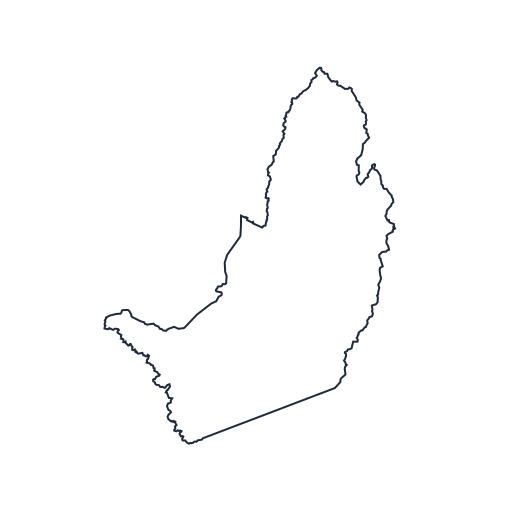 Unincorporated ACT, Australian Capital Territory, Australia, rotated 195°
{"feature_id": "25037944B15172244637897", "entity_name": "Unincorporated ACT", "entity_type": "district", "adm_level": 2, "iso_a3": "AUS", "parent_name": "Australia", "parent_adm1": "Australian Capital Territory", "projection": "albers", "projection_center": [149.092, -35.522], "detail": "fine", "context": "isolated", "style": "outline", "palette": "slate", "viewbox_px": 512, "rotation_deg": 195, "n_neighbors": 0, "source": "geoboundaries", "source_scale": "gbopen_adm2", "svg_char_len": 6115}
<svg xmlns="http://www.w3.org/2000/svg" viewBox="0 0 512 512"><g transform="rotate(195 256 256)"><path d="M306.7,100.9L303.4,96.4L300.1,96.8L300.9,94.4L300.4,92.3L302.9,90.6L303.1,87.9L300.8,84.8L298.6,84.1L297.7,83.0L299.3,80.2L299.9,78.0L298.5,75.8L296.0,74.6L295.1,74.8L294.8,74.3L293.8,74.4L293.4,75.0L292.9,74.4L291.9,75.3L291.1,75.1L291.2,74.3L289.0,72.1L290.2,70.3L289.3,68.6L290.0,67.0L289.8,66.2L287.7,66.0L286.4,67.4L285.1,67.1L284.1,67.8L282.6,67.5L282.8,66.7L283.7,66.1L283.8,64.4L281.9,62.4L280.2,63.1L279.4,62.6L280.0,60.4L279.5,59.2L278.7,58.9L276.7,59.5L274.4,57.9L272.1,57.4L271.0,58.5L269.9,58.4L268.7,59.1L267.5,60.8L265.3,61.3L264.6,62.8L260.8,64.6L260.0,66.3L145.6,148.9L141.9,156.1L142.4,158.0L142.2,159.7L138.9,164.7L141.2,170.3L141.2,172.3L140.2,174.3L141.3,174.6L142.1,176.4L143.9,177.7L143.3,179.8L143.2,183.2L143.7,184.6L145.1,185.4L145.1,186.3L143.5,187.6L143.0,189.5L141.3,190.2L139.8,191.6L140.0,198.4L135.8,199.5L136.0,201.5L137.6,202.9L137.1,204.1L137.1,206.1L136.6,206.7L137.1,208.3L135.2,211.2L133.9,211.7L132.6,215.1L131.4,216.0L131.3,218.1L130.7,219.8L131.9,222.5L130.6,225.5L130.7,226.2L128.3,227.8L128.2,228.6L128.2,230.6L129.7,232.8L129.6,234.3L131.3,238.1L127.6,240.5L126.6,242.8L127.6,247.6L128.9,249.1L128.0,250.4L128.5,251.7L128.8,257.5L130.5,259.9L129.6,263.5L129.4,266.8L130.9,269.4L132.9,274.2L133.1,276.7L130.9,278.8L134.6,284.5L134.8,285.5L136.2,286.1L137.3,289.0L135.1,292.6L131.5,293.9L130.6,295.6L129.1,296.5L130.8,299.6L133.4,302.3L134.1,305.0L133.7,306.7L135.2,309.1L134.0,311.3L130.1,314.9L130.6,315.4L130.3,317.8L129.4,317.8L128.8,318.5L129.9,319.8L130.9,319.8L130.7,321.7L131.2,322.6L135.2,322.9L136.3,323.5L136.9,325.1L138.1,324.4L141.4,328.1L140.8,330.6L141.3,332.8L141.0,335.0L138.5,339.6L138.5,341.4L137.3,343.6L138.4,346.4L140.5,348.7L140.5,349.4L144.2,351.7L147.2,354.6L149.7,354.0L151.2,355.2L151.6,356.8L153.4,357.7L153.8,358.5L154.3,360.7L155.4,362.2L156.6,365.6L161.2,369.9L164.0,370.2L164.8,371.4L164.4,374.2L164.7,375.1L165.4,375.3L166.3,374.9L167.4,373.4L166.7,371.0L167.0,369.7L168.0,368.6L168.4,365.8L169.4,364.0L168.0,361.6L168.7,360.4L169.9,360.1L171.1,357.4L171.4,355.3L173.5,352.1L177.2,354.2L179.5,358.8L179.5,359.8L177.9,361.4L177.7,363.1L178.9,364.9L180.2,370.2L182.1,370.2L183.9,373.5L183.3,375.4L183.5,376.2L180.5,380.5L180.6,386.9L181.7,391.8L179.9,394.2L179.8,395.3L177.3,399.5L179.1,401.4L179.6,402.8L181.3,403.4L181.7,406.8L182.6,407.4L184.1,407.5L185.5,409.3L185.3,410.5L184.2,411.1L183.9,412.1L184.8,414.3L184.3,415.7L185.9,418.4L185.9,419.8L186.5,421.0L187.9,422.2L190.8,423.0L190.7,424.8L195.0,428.5L195.7,429.7L195.7,430.9L199.1,432.3L200.7,435.1L206.3,440.2L206.6,442.1L207.6,442.7L209.5,442.9L210.1,441.4L213.3,440.4L218.3,442.2L220.4,441.9L222.2,442.6L222.1,444.8L222.9,445.7L224.5,444.9L226.7,445.0L228.1,444.1L232.4,447.3L234.2,450.5L236.9,449.8L237.8,451.2L239.3,451.2L241.0,452.4L241.3,453.9L241.9,454.6L243.2,454.3L245.3,451.3L246.3,448.0L244.0,446.0L244.1,445.4L245.0,443.7L246.9,442.3L246.8,441.7L248.1,440.1L247.4,438.5L248.3,436.6L248.0,434.4L249.1,431.8L250.5,429.7L253.2,427.2L254.2,424.6L255.4,423.8L256.3,420.9L257.3,420.5L257.2,419.5L258.1,418.5L261.5,417.8L261.9,416.5L261.4,415.1L261.7,413.9L260.7,413.5L260.3,412.1L261.0,411.3L261.3,409.8L260.9,407.2L261.3,405.0L262.0,404.3L261.9,403.2L263.1,402.9L263.7,402.1L263.4,400.4L263.7,399.4L262.8,398.4L263.4,398.0L264.2,396.3L263.5,396.1L263.5,395.3L262.4,394.3L262.2,393.5L263.6,391.5L263.6,389.3L262.0,388.1L260.9,388.1L260.7,387.3L260.8,386.0L262.5,383.2L260.2,381.4L260.8,379.9L259.8,377.3L260.8,375.8L260.7,374.0L262.1,370.9L261.6,369.7L262.3,368.2L261.8,367.5L262.0,366.3L263.8,362.7L263.2,359.2L265.2,357.0L263.3,351.9L264.0,351.0L264.5,348.2L266.6,345.7L267.4,342.8L266.0,340.1L265.1,339.9L265.5,338.2L265.3,337.0L263.3,336.5L261.7,334.2L261.5,333.0L262.5,331.4L261.8,328.6L262.2,326.2L261.9,325.3L263.0,323.2L261.7,321.1L262.3,320.5L262.5,318.3L262.0,317.4L261.8,314.8L260.5,314.5L259.1,315.1L258.5,314.4L258.5,313.0L258.1,312.6L258.9,311.7L258.4,309.8L258.6,308.6L257.1,305.5L257.6,304.4L257.3,302.0L256.5,301.5L255.1,298.5L255.5,297.2L254.7,294.1L255.2,293.4L254.7,292.3L255.1,291.2L254.7,287.9L256.6,287.0L257.3,285.1L267.3,286.7L267.3,287.8L267.8,288.3L268.6,287.3L273.9,288.4L274.1,290.6L275.8,290.9L275.9,290.2L280.9,291.1L278.1,280.3L277.7,280.3L278.1,280.2L276.3,271.5L276.8,269.3L284.1,249.7L284.5,241.4L281.7,232.8L279.2,229.0L277.8,221.9L278.7,220.7L280.8,220.4L281.2,218.4L282.4,217.4L284.9,216.6L285.1,214.6L286.0,212.9L285.6,212.0L284.8,211.6L280.1,211.9L279.4,211.1L279.2,209.1L281.5,207.0L282.7,202.0L286.9,198.5L297.9,184.1L306.1,168.9L307.2,167.6L312.1,165.6L316.7,166.4L321.8,162.9L323.6,160.4L326.5,160.1L328.1,161.0L329.7,160.7L332.1,162.6L335.4,163.0L337.5,164.1L343.1,161.7L342.4,161.1L343.2,161.6L345.7,161.7L346.9,163.0L350.7,163.1L359.8,165.0L360.7,165.5L361.5,167.4L364.3,170.2L365.9,170.7L371.0,169.1L371.4,168.4L371.4,166.2L372.0,165.2L375.6,164.0L381.7,160.7L384.9,157.8L384.5,157.3L385.4,154.7L384.5,153.9L384.6,150.7L383.4,149.8L383.8,148.9L383.6,146.8L380.2,146.9L379.3,147.4L379.1,148.4L375.0,147.6L373.4,149.3L370.1,149.7L369.3,148.9L370.2,147.3L369.8,146.0L365.6,144.8L365.6,143.1L364.6,141.9L364.9,141.2L362.6,141.2L361.9,139.6L361.9,138.5L360.4,138.6L359.8,139.5L359.2,138.3L356.2,136.4L355.4,136.9L355.0,138.3L354.2,138.5L353.5,137.4L351.6,136.0L351.8,134.9L351.2,133.3L350.0,133.4L349.0,134.3L348.7,133.3L347.7,133.4L347.2,132.9L347.4,132.1L346.6,131.8L346.1,132.2L345.7,131.6L344.4,131.2L340.7,133.0L339.1,130.9L338.1,131.2L336.7,130.5L335.7,130.8L335.0,132.6L333.5,131.9L333.7,128.6L334.2,128.2L334.4,126.7L333.9,126.1L334.1,124.7L331.9,124.9L329.9,124.4L329.3,123.6L327.7,123.7L326.9,123.3L325.9,121.2L324.9,121.3L324.5,119.8L324.8,119.1L324.4,118.7L321.4,118.3L319.8,116.9L318.3,116.5L318.4,115.4L321.1,113.5L321.8,110.8L323.0,110.5L323.4,109.7L322.9,108.5L320.9,107.7L320.1,106.3L318.3,105.7L317.2,106.2L316.1,106.0L314.8,104.8L313.9,104.7L312.5,105.5L309.9,105.0L308.3,108.4L306.4,109.7L305.3,107.5L306.8,103.3L307.4,103.2L307.8,100.9L306.7,100.9Z" fill="none" stroke="#1e293b" stroke-width="2"/></g></svg>